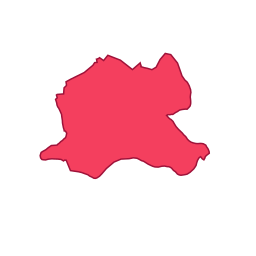 outline of Ini, Akwa Ibom, Nigeria, rotated 134°
{"feature_id": "59680162B87442417129591", "entity_name": "Ini", "entity_type": "district", "adm_level": 2, "iso_a3": "NGA", "parent_name": "Nigeria", "parent_adm1": "Akwa Ibom", "projection": "robinson", "projection_center": [7.758, 5.403], "detail": "fine", "context": "isolated", "style": "filled", "palette": "rose", "viewbox_px": 256, "rotation_deg": 134, "n_neighbors": 0, "source": "geoboundaries", "source_scale": "gbopen_adm2", "svg_char_len": 2539}
<svg xmlns="http://www.w3.org/2000/svg" viewBox="0 0 256 256"><g transform="rotate(134 128 128)"><path d="M154.0,202.4L155.4,199.9L157.7,200.0L159.5,196.7L160.8,195.0L161.6,193.2L161.9,191.5L162.9,188.8L164.4,185.2L165.6,183.8L168.2,180.4L169.9,178.6L172.7,174.6L173.7,172.7L174.4,171.9L173.7,170.8L174.3,168.5L176.6,167.0L178.3,166.2L179.9,166.5L182.6,166.5L184.3,166.9L184.6,166.9L185.9,166.9L186.8,166.9L187.9,167.2L189.6,167.2L190.9,168.3L192.2,169.5L193.9,171.0L195.6,171.3L197.6,171.7L200.6,172.0L201.9,172.4L204.2,173.1L205.9,173.5L207.6,172.7L208.9,172.0L210.2,170.1L210.5,168.2L209.8,167.0L208.2,165.1L205.8,163.7L203.1,161.4L201.1,159.1L199.1,156.9L197.1,154.3L196.5,151.5L195.2,151.3L194.1,150.1L198.6,139.8L194.3,133.8L193.8,133.1L192.2,130.4L191.2,128.1L189.5,124.4L189.2,122.1L188.5,120.2L187.8,117.6L186.8,116.4L185.5,115.7L183.8,115.3L182.5,115.0L180.8,115.0L179.1,115.0L172.2,115.4L162.2,114.4L155.2,111.4L149.2,105.8L145.8,103.5L143.5,100.5L142.8,98.3L142.1,95.6L141.1,93.7L140.7,91.8L140.0,88.4L139.0,85.4L138.3,83.5L137.3,81.6L136.0,80.1L135.0,79.0L132.0,77.1L130.0,75.3L128.6,73.0L127.6,71.9L126.9,70.4L126.6,68.8L126.9,65.8L126.5,63.5L126.8,60.5L126.2,58.6L125.2,57.1L123.8,56.0L121.8,54.5L120.1,53.4L118.5,53.0L116.8,52.6L113.5,52.4L112.2,52.3L111.8,52.3L109.2,52.7L107.5,53.1L105.5,54.3L103.2,55.4L101.9,55.8L99.9,56.2L98.2,55.8L98.6,53.2L98.2,51.3L96.5,51.7L94.9,52.5L93.2,52.5L89.7,52.0L88.6,53.3L87.9,54.8L87.3,56.3L87.0,58.2L86.3,60.1L87.0,62.8L88.0,64.3L89.0,65.4L90.7,66.9L92.0,68.4L93.4,70.7L94.4,72.9L94.8,75.2L94.8,77.5L94.5,78.6L94.1,80.5L94.2,83.2L93.9,85.4L93.9,87.3L93.9,88.9L93.9,90.8L93.6,94.5L93.0,96.8L92.6,98.3L92.0,100.2L92.0,102.9L92.4,104.4L92.4,106.3L92.1,109.0L90.7,108.6L89.4,107.1L88.1,106.3L87.1,105.2L85.7,104.9L83.7,104.5L81.7,103.8L79.4,103.4L78.1,102.6L77.1,101.9L75.7,100.8L74.4,99.7L73.4,98.5L70.7,98.5L69.1,98.6L67.8,99.3L67.1,99.7L66.1,100.6L65.1,101.6L63.8,103.1L62.5,104.7L61.1,105.8L59.9,106.7L58.8,107.4L56.9,109.7L56.2,111.2L55.2,113.1L54.3,115.8L53.9,117.3L54.0,120.3L54.0,120.5L53.0,125.4L51.5,128.3L46.9,137.5L45.5,148.2L48.5,153.0L56.4,152.5L64.7,150.0L69.4,151.3L71.6,155.5L73.3,158.2L74.9,161.3L74.0,162.0L73.6,163.0L72.7,164.5L73.2,164.5L82.9,165.4L84.5,180.6L89.7,193.0L96.4,192.4L97.2,197.3L97.5,197.3L98.0,197.4L99.1,197.8L99.9,198.1L100.4,198.5L101.2,197.3L102.3,195.8L104.1,197.4L107.3,196.8L118.5,198.0L132.4,203.0L137.8,204.7L139.9,202.0L140.7,201.8L143.5,201.9L148.2,198.0L153.1,202.3L154.0,202.4Z" fill="#f43f5e" stroke="#9f1239" stroke-width="1.5"/></g></svg>